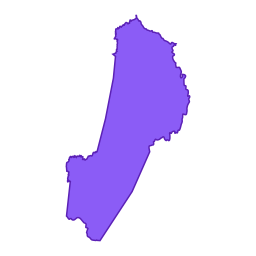 Los Pozos, Herrera, Panama
{"feature_id": "35544464B7631989916693", "entity_name": "Los Pozos", "entity_type": "district", "adm_level": 2, "iso_a3": "PAN", "parent_name": "Panama", "parent_adm1": "Herrera", "projection": "equal_earth", "projection_center": [-80.671, 7.692], "detail": "fine", "context": "isolated", "style": "filled", "palette": "violet", "viewbox_px": 256, "rotation_deg": 0, "n_neighbors": 0, "source": "geoboundaries", "source_scale": "gbopen_adm2", "svg_char_len": 5692}
<svg xmlns="http://www.w3.org/2000/svg" viewBox="0 0 256 256"><path d="M115.5,31.4L115.5,31.6L115.8,31.9L115.9,32.2L115.4,33.0L116.1,33.7L116.2,34.0L115.6,34.5L115.8,36.3L115.2,37.1L115.1,37.7L114.5,38.2L114.3,38.6L114.4,38.9L115.0,38.6L115.8,38.8L116.4,39.3L116.6,39.7L116.9,39.7L117.4,39.4L117.6,39.7L117.5,40.8L117.1,41.5L117.3,41.8L117.5,42.9L117.4,43.7L117.1,44.4L117.3,45.1L117.2,45.5L117.1,46.6L117.2,47.8L117.0,48.3L117.2,49.1L116.8,49.3L116.5,49.6L116.5,50.8L116.9,51.2L116.5,51.4L116.4,51.9L115.9,52.3L115.8,53.2L115.4,53.3L114.5,53.5L113.9,53.9L112.9,54.2L115.5,56.4L113.4,78.2L105.5,118.8L97.2,151.2L96.8,151.9L96.0,151.6L95.9,151.7L95.8,152.4L95.6,152.6L95.0,152.2L94.4,152.7L93.7,152.4L93.4,152.5L93.0,153.3L92.3,155.4L91.9,155.9L91.4,155.9L90.6,155.6L89.5,155.9L89.0,156.3L88.5,156.1L88.3,156.2L87.3,158.2L86.8,158.9L86.7,159.2L86.4,159.3L86.1,159.3L85.2,160.0L84.9,159.9L84.4,159.0L84.2,159.1L83.9,159.5L83.3,159.1L82.9,159.4L82.6,159.4L82.6,159.1L82.9,158.6L83.0,158.2L82.7,157.6L82.8,156.8L82.4,156.7L81.9,156.5L81.2,156.9L81.1,156.6L81.1,155.7L80.5,155.7L79.9,155.5L79.9,155.8L80.1,156.3L79.9,156.5L79.1,156.1L78.5,156.4L78.2,156.2L78.0,156.5L77.9,156.5L77.6,156.2L77.2,156.1L77.0,156.4L76.6,156.6L76.3,157.3L75.8,156.7L75.5,156.5L75.4,156.1L75.2,156.0L74.9,156.1L74.8,157.0L74.1,157.4L73.9,157.4L73.8,157.1L73.9,156.2L73.0,156.8L72.4,156.4L72.1,156.5L71.9,156.9L71.6,157.0L71.4,157.4L70.9,157.2L70.7,156.6L70.4,156.5L70.1,156.8L69.9,157.5L69.4,157.9L69.3,159.2L68.8,159.5L69.0,160.5L68.8,161.1L67.9,162.1L67.4,162.2L66.8,162.7L66.6,163.4L66.5,164.3L66.4,165.8L66.3,166.4L66.5,167.6L66.8,171.2L67.7,171.2L68.0,171.6L68.7,171.8L68.9,172.1L68.8,172.5L68.5,173.0L68.8,174.2L68.7,174.4L68.4,174.5L68.2,174.8L68.3,175.0L68.6,175.3L68.7,175.6L68.1,176.4L68.1,177.2L67.7,178.0L67.7,178.7L67.9,179.2L67.6,180.3L67.6,181.6L67.8,181.8L68.1,181.2L68.6,181.3L68.6,180.7L68.8,180.5L69.1,180.8L69.4,181.3L69.6,181.2L70.1,181.3L70.3,181.4L70.4,181.6L70.2,182.3L66.5,216.1L67.1,216.7L68.2,218.3L68.9,219.1L69.5,219.2L70.0,218.8L70.9,218.5L72.1,219.7L72.8,220.0L73.7,220.0L74.5,219.7L75.3,219.1L76.7,217.9L77.5,217.6L78.1,217.6L78.9,217.7L79.9,218.2L80.6,218.8L83.9,222.7L85.5,223.4L85.7,223.6L86.0,224.1L86.1,224.6L85.8,227.0L85.8,227.3L86.1,227.6L87.4,228.0L87.9,228.4L87.8,228.9L87.1,230.7L86.9,231.5L86.6,232.5L86.7,232.9L87.1,233.5L87.3,235.7L87.5,236.2L88.0,236.7L88.7,237.0L90.0,237.9L91.2,239.4L91.7,239.8L92.8,240.1L95.9,240.5L96.6,240.1L97.3,240.4L100.0,240.6L132.1,191.6L149.7,151.8L149.0,148.0L149.0,147.0L149.2,146.1L149.7,145.8L151.0,145.5L152.4,145.0L153.2,144.9L153.6,144.4L153.7,143.9L153.5,141.8L153.6,141.6L154.3,141.4L154.4,141.2L154.8,140.6L155.0,139.8L155.4,139.3L156.2,139.5L157.0,140.0L158.7,139.7L159.9,139.1L160.5,138.3L161.8,137.8L162.4,137.2L163.0,136.9L163.7,136.9L164.1,137.5L164.4,138.6L164.7,139.1L165.2,139.9L165.8,140.4L166.3,140.5L166.8,140.0L167.0,139.9L168.1,140.1L168.7,140.6L169.1,140.5L169.5,140.1L169.8,138.8L169.9,138.0L169.9,135.6L169.6,133.3L169.7,132.9L169.9,132.7L170.2,132.6L170.9,133.3L171.3,133.3L171.5,133.0L172.0,132.0L172.2,131.8L173.0,131.4L174.2,131.2L174.5,131.4L174.7,131.6L174.8,132.8L175.0,133.2L175.4,133.1L175.7,132.5L175.9,132.4L176.9,132.9L177.2,132.9L177.5,132.5L178.1,130.4L178.4,130.1L179.3,130.2L179.7,129.7L180.4,127.7L181.3,124.1L181.7,123.2L182.1,122.0L182.2,121.4L182.1,119.1L182.6,117.6L182.7,115.3L182.9,114.2L183.1,114.1L183.8,114.2L185.1,114.7L185.9,114.6L186.4,114.1L186.5,113.8L187.0,111.1L187.0,109.9L186.9,108.3L187.2,106.8L187.6,105.2L188.5,103.4L189.2,102.2L189.4,101.8L189.3,101.0L188.8,99.5L188.7,98.9L189.6,97.4L189.7,96.9L189.7,96.3L189.5,95.9L189.3,95.8L188.2,96.1L187.8,96.1L187.7,95.8L187.7,95.4L188.1,94.0L188.3,92.8L188.2,91.3L188.2,90.8L187.9,90.4L187.6,89.9L186.4,89.5L185.9,89.2L185.8,88.5L186.0,86.7L185.9,86.0L185.7,85.8L185.4,85.7L184.5,85.5L184.1,84.9L183.9,81.7L183.9,79.1L184.1,78.7L184.6,78.2L185.1,77.6L185.6,76.3L185.5,75.6L184.7,74.8L183.7,74.5L182.4,74.4L182.2,74.8L182.5,76.2L182.4,76.8L181.5,77.7L181.0,77.8L180.8,77.7L180.6,77.2L180.4,76.4L180.5,74.8L181.2,72.9L181.3,72.1L181.3,71.4L180.9,70.4L179.8,67.9L179.4,67.4L179.0,67.3L177.0,67.5L176.2,67.3L175.6,64.7L175.8,63.0L175.0,62.5L173.8,60.8L173.1,59.5L172.7,58.3L172.6,57.2L172.7,56.3L172.9,56.1L174.1,55.3L174.3,55.0L174.4,54.7L174.3,54.2L173.9,53.7L172.7,53.0L171.9,52.3L171.9,52.1L172.0,51.8L172.9,51.0L173.0,50.5L173.0,50.2L172.5,49.6L172.2,48.8L172.0,47.9L172.1,47.3L172.3,46.9L173.3,46.4L173.6,46.1L173.9,45.3L174.4,44.8L174.6,44.8L175.3,45.3L175.6,45.2L175.7,44.3L176.0,43.8L174.4,43.7L173.1,42.9L172.3,42.5L171.9,42.5L171.5,42.7L171.1,43.5L170.8,43.9L170.4,44.0L170.1,43.9L169.7,43.6L168.6,42.6L167.8,41.9L166.2,41.1L164.7,40.6L163.9,40.0L163.0,38.5L162.1,38.3L161.2,37.3L159.9,34.6L159.0,34.0L158.6,33.1L156.4,33.0L154.5,32.3L152.8,32.2L152.6,32.0L152.3,30.9L152.0,30.7L151.7,30.7L151.0,31.1L149.8,31.0L148.7,30.4L147.2,30.1L146.4,29.1L146.1,28.9L145.4,28.9L144.6,28.5L143.6,27.5L143.4,27.1L143.1,26.4L141.4,24.3L141.1,23.6L141.0,22.6L140.7,21.8L139.8,20.8L139.1,21.1L137.0,18.0L136.7,17.8L136.5,15.8L136.3,15.4L136.1,15.4L136.0,15.7L136.3,16.5L136.3,17.8L136.0,18.4L135.7,18.7L134.9,19.1L134.5,19.5L131.9,20.3L131.4,20.9L131.1,21.1L130.8,21.0L130.5,20.1L130.1,20.1L130.0,20.4L129.6,22.0L129.4,22.3L129.6,23.0L129.4,23.2L128.8,23.1L128.0,23.8L127.1,22.8L126.1,22.5L125.3,23.2L124.5,24.4L124.3,25.1L124.0,25.2L123.6,24.9L123.3,25.3L122.6,25.3L122.5,25.9L121.7,26.4L121.3,27.1L120.9,27.0L120.4,26.4L120.1,26.3L119.8,26.5L119.1,28.1L118.8,28.4L118.5,28.4L118.1,27.9L117.8,27.7L117.7,27.8L117.6,28.1L118.0,28.6L118.0,28.8L116.0,28.9L115.7,29.7L115.7,30.8L115.5,31.4Z" fill="#8b5cf6" stroke="#5b21b6" stroke-width="1.5"/></svg>